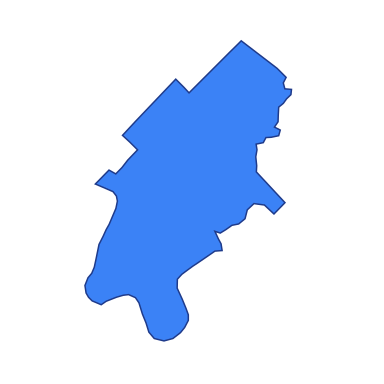 Pinto Bandeira, Rio Grande do Sul, Brazil, rotated 225°
{"feature_id": "56859067B15267966296227", "entity_name": "Pinto Bandeira", "entity_type": "district", "adm_level": 2, "iso_a3": "BRA", "parent_name": "Brazil", "parent_adm1": "Rio Grande do Sul", "projection": "robinson", "projection_center": [-51.472, -29.092], "detail": "fine", "context": "isolated", "style": "filled", "palette": "blue", "viewbox_px": 384, "rotation_deg": 225, "n_neighbors": 0, "source": "geoboundaries", "source_scale": "gbopen_adm2", "svg_char_len": 1309}
<svg xmlns="http://www.w3.org/2000/svg" viewBox="0 0 384 384"><g transform="rotate(225 192 192)"><path d="M264.2,317.8L264.2,279.7L264.2,260.0L271.5,260.3L283.3,260.3L281.9,202.1L281.2,182.9L271.2,183.3L260.3,183.3L260.0,169.2L258.8,159.8L258.7,150.9L266.2,148.8L266.0,129.3L248.1,136.4L242.6,135.7L238.3,132.8L234.2,126.6L231.3,119.4L227.7,110.5L226.1,104.7L223.5,97.8L220.7,89.2L212.5,76.8L207.9,69.7L205.4,63.6L204.9,57.8L201.6,50.2L195.5,45.7L190.7,44.4L185.6,44.4L176.5,48.1L175.4,54.1L171.0,64.2L167.6,70.4L164.3,74.6L157.3,77.3L151.1,76.1L140.7,70.6L131.9,66.9L123.4,62.4L115.1,61.7L106.5,66.9L101.9,74.9L100.7,84.4L101.4,91.0L103.8,98.6L107.8,102.6L113.8,105.4L123.1,109.3L134.5,113.5L140.7,120.0L141.0,126.6L140.0,133.6L139.0,140.0L137.6,147.0L135.7,157.1L134.0,166.4L129.3,171.9L134.8,175.9L140.2,177.5L148.0,180.4L143.0,182.9L141.5,189.1L140.2,196.7L136.4,202.4L135.6,210.6L140.3,218.5L140.0,227.6L131.6,234.0L118.5,234.4L118.7,250.2L160.7,251.7L164.8,256.3L171.8,262.0L175.9,267.8L180.5,271.2L176.5,277.3L178.2,282.8L174.7,286.7L170.5,293.1L173.4,298.2L179.6,296.2L180.8,302.5L185.5,307.5L190.7,313.3L190.1,319.3L191.0,324.8L190.9,330.8L194.2,334.9L199.3,330.6L204.6,333.7L206.5,339.6L219.3,339.6L264.1,333.7L264.1,328.1L264.2,317.8Z" fill="#3b82f6" stroke="#1e3a8a" stroke-width="1.5"/></g></svg>